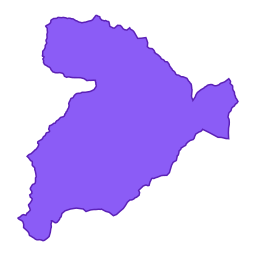 the district of Goenkhatoe, Gasa, Bhutan
{"feature_id": "84629894B85362517757759", "entity_name": "Goenkhatoe", "entity_type": "district", "adm_level": 2, "iso_a3": "BTN", "parent_name": "Bhutan", "parent_adm1": "Gasa", "projection": "mercator", "projection_center": [89.606, 27.867], "detail": "fine", "context": "isolated", "style": "filled", "palette": "violet", "viewbox_px": 256, "rotation_deg": 0, "n_neighbors": 0, "source": "geoboundaries", "source_scale": "gbopen_adm2", "svg_char_len": 5599}
<svg xmlns="http://www.w3.org/2000/svg" viewBox="0 0 256 256"><path d="M228.7,138.7L228.6,137.8L228.4,132.7L228.5,130.1L228.6,127.8L229.2,124.6L229.3,122.1L229.1,119.8L228.9,119.0L228.1,117.4L228.0,116.7L228.5,114.9L228.5,114.2L229.0,112.8L229.2,112.5L230.8,110.9L231.2,110.0L231.4,108.9L231.9,107.8L233.3,106.6L234.3,106.0L235.5,104.0L236.7,103.4L238.0,101.5L236.3,98.5L235.6,97.8L235.4,96.4L234.6,94.7L234.4,92.3L233.9,91.3L233.4,90.7L233.0,89.8L232.7,89.1L232.7,86.7L232.5,85.7L230.1,83.5L230.1,83.0L230.5,82.2L230.5,81.3L230.3,80.9L228.8,78.7L224.9,81.7L223.4,82.4L220.9,83.2L220.2,83.6L219.1,84.7L216.8,85.6L215.2,85.8L213.8,85.5L212.2,84.6L210.8,84.5L208.5,84.9L207.4,85.3L206.6,86.1L204.5,87.3L203.9,88.1L201.0,89.7L197.4,92.5L195.9,94.9L195.2,97.0L192.9,100.4L192.7,99.7L191.7,97.5L191.6,96.8L191.5,95.7L191.7,94.4L191.7,93.6L192.0,90.7L192.0,89.5L191.7,88.6L191.7,87.9L191.4,85.2L191.1,84.1L190.8,83.6L190.0,82.9L189.6,82.1L188.5,81.0L187.0,78.4L186.0,77.9L183.1,76.8L181.1,76.7L179.3,75.5L178.4,75.1L176.9,74.9L176.3,74.6L175.7,74.0L174.9,72.2L173.6,70.9L172.6,70.3L171.7,68.6L171.2,68.2L170.6,67.2L170.1,66.7L169.7,66.1L169.1,64.3L167.4,61.9L165.0,61.6L164.6,61.1L164.0,60.2L162.9,59.5L161.8,59.1L161.0,58.5L160.6,57.3L158.3,55.1L156.9,54.1L156.2,53.9L155.8,53.5L155.3,52.9L154.5,52.6L154.7,52.0L154.3,51.0L153.4,49.7L152.1,48.6L149.6,48.4L149.1,48.2L147.3,46.7L147.7,42.8L146.9,40.3L145.9,37.6L141.5,38.2L137.7,38.4L134.5,32.7L133.6,31.3L132.3,30.2L131.3,29.7L130.3,29.0L129.7,27.8L126.9,30.1L124.6,29.7L123.0,28.7L121.8,26.9L120.4,25.5L117.6,25.3L114.5,28.1L113.1,28.0L112.2,27.5L109.9,26.4L109.1,22.6L108.8,21.8L108.1,21.4L107.2,21.4L105.6,20.5L104.4,20.9L102.4,20.2L101.8,20.2L100.8,19.0L100.3,18.6L99.7,16.7L97.8,16.1L97.0,15.5L96.1,15.4L95.4,16.0L94.7,17.1L93.9,18.0L92.7,19.7L91.2,20.6L88.4,21.2L85.1,22.3L84.6,22.2L81.8,22.8L81.1,22.5L79.1,22.1L78.0,21.6L76.7,20.8L76.1,20.8L73.1,18.9L71.2,18.7L70.6,18.4L69.7,18.2L68.4,18.2L67.4,18.5L66.7,18.3L66.1,17.9L63.3,17.4L61.4,17.7L58.3,17.4L57.8,17.5L56.9,18.2L56.4,18.4L53.7,18.5L51.3,19.9L50.8,20.8L50.8,22.0L50.1,23.2L49.5,23.8L48.1,24.7L46.6,25.4L45.7,26.1L45.9,26.6L46.6,27.3L47.3,28.5L47.2,29.9L47.5,32.3L46.9,34.4L47.1,37.7L46.8,38.9L46.2,39.7L46.0,40.3L46.2,41.6L46.7,42.7L46.7,43.3L45.3,45.3L45.2,45.9L45.2,47.4L44.8,48.4L44.0,49.9L42.9,51.0L42.7,51.6L42.7,54.4L42.4,55.6L42.4,55.9L42.7,56.3L43.2,56.2L43.9,56.7L43.8,57.7L42.8,59.0L43.6,60.5L43.5,62.5L43.6,62.8L44.0,63.3L44.2,64.0L44.8,64.7L46.4,65.5L48.3,66.8L49.5,67.2L50.4,68.2L51.1,69.8L53.0,72.0L54.1,72.2L55.1,72.7L57.5,72.8L59.8,72.6L62.7,73.3L63.7,74.4L64.5,76.3L66.7,77.3L67.5,77.0L68.9,76.9L70.8,77.3L72.7,77.6L80.6,77.7L84.6,78.8L85.2,79.5L85.8,79.7L86.6,80.5L87.0,80.6L89.2,80.3L90.5,80.4L94.0,80.2L95.4,80.3L95.4,81.6L95.9,82.8L95.8,84.0L96.2,85.0L96.2,86.3L95.4,87.7L94.6,88.6L94.5,89.0L94.2,89.5L91.3,91.0L90.0,91.5L85.3,92.3L82.2,92.3L81.8,92.4L80.7,93.1L79.6,93.3L78.1,93.3L76.5,93.6L75.5,94.3L74.3,95.5L73.2,97.5L72.5,98.0L71.2,98.3L70.7,98.9L70.1,100.5L69.5,101.5L68.7,103.5L69.1,105.6L68.6,107.8L67.6,109.4L66.8,111.4L66.3,111.7L66.0,112.2L65.6,113.5L64.8,114.1L64.6,115.5L63.9,116.4L63.0,116.8L60.7,117.4L60.0,118.0L59.0,119.2L57.9,120.2L56.6,120.9L55.7,122.1L55.5,122.7L55.0,123.2L53.8,123.3L52.0,124.7L50.9,125.3L49.8,125.6L49.4,126.1L49.4,126.9L48.7,128.9L48.7,129.3L49.5,130.5L49.6,131.3L48.7,132.2L46.8,132.7L46.2,133.1L45.2,135.5L43.6,136.6L43.2,137.1L42.6,138.5L41.6,139.5L38.4,141.3L37.8,141.8L37.7,142.6L37.7,143.2L38.7,143.9L38.5,145.5L37.7,147.2L35.8,149.6L35.0,149.9L34.0,151.0L31.1,153.7L29.1,154.5L27.7,155.7L27.1,156.4L28.5,157.7L29.3,158.8L30.7,160.7L31.4,160.9L32.1,161.4L32.3,162.0L32.3,163.6L32.2,164.7L32.2,165.1L33.2,166.4L34.2,167.2L34.8,168.1L34.8,169.9L35.2,170.7L35.8,173.7L36.2,176.4L36.1,177.1L35.5,177.9L35.5,181.6L35.3,182.5L35.0,183.3L34.6,183.7L32.6,184.5L31.9,185.5L30.3,188.3L30.5,189.6L31.5,190.8L31.8,191.3L31.8,193.4L29.9,194.7L29.7,195.0L29.9,195.4L30.4,197.3L31.4,197.9L32.1,198.7L32.1,199.6L31.6,200.7L30.8,202.0L29.6,203.7L28.6,204.6L28.6,205.6L29.6,207.8L30.3,210.0L29.9,210.6L27.7,212.8L27.1,213.0L25.9,215.3L23.5,214.6L22.2,215.1L21.4,215.6L20.4,216.8L19.3,217.2L18.0,218.1L18.3,218.6L19.3,219.4L21.5,220.5L22.6,221.4L23.1,222.4L23.7,224.5L23.6,227.6L27.8,231.4L28.9,233.1L29.4,235.2L29.6,235.5L31.6,236.5L32.3,237.1L33.8,237.9L34.6,238.6L35.6,239.3L37.0,239.8L38.4,239.8L39.1,239.6L41.5,240.0L42.6,240.6L43.7,240.6L44.9,240.0L47.3,238.2L49.1,236.5L50.3,232.3L50.8,228.8L51.3,227.1L51.3,226.1L51.0,224.0L51.6,222.3L51.4,220.8L52.6,220.9L53.1,221.4L54.8,222.6L55.9,222.8L57.2,222.2L59.4,219.5L60.1,217.8L61.1,216.8L61.9,213.5L65.1,210.8L70.5,209.0L76.3,208.1L83.2,209.0L86.0,211.5L90.7,209.9L94.0,209.5L96.0,209.5L98.9,209.2L100.4,209.4L101.5,209.1L105.8,211.4L109.2,212.3L113.4,215.7L116.5,214.5L120.0,211.3L123.3,208.5L125.3,205.7L127.4,202.2L129.8,200.0L131.0,200.0L132.4,199.7L133.9,198.9L135.0,197.8L136.6,197.2L139.1,195.2L139.6,192.5L138.6,190.4L143.2,186.0L145.5,185.1L146.4,185.1L147.9,185.7L149.1,185.4L149.4,184.1L150.0,182.0L151.5,178.9L152.1,178.3L153.9,178.5L155.8,177.6L157.1,177.3L161.3,175.6L163.1,175.4L166.9,175.3L169.4,172.6L171.6,165.2L173.0,162.5L174.2,161.6L176.0,160.7L176.4,160.2L177.3,155.7L177.9,155.4L178.3,154.9L178.8,153.0L179.1,150.9L179.9,150.2L180.9,149.0L181.3,147.7L182.1,147.5L183.8,146.3L185.6,145.4L186.3,143.7L188.1,141.9L190.1,140.5L193.2,139.5L194.2,138.2L194.6,136.6L195.8,134.0L199.0,132.0L200.8,131.4L201.9,130.4L202.6,129.3L209.3,132.6L218.0,137.3L221.2,137.4L223.1,137.8L226.2,138.6L227.8,138.6L228.7,138.7Z" fill="#8b5cf6" stroke="#5b21b6" stroke-width="1.5"/></svg>